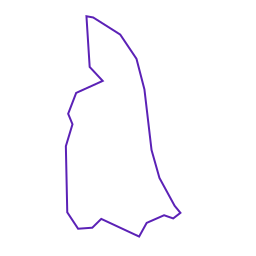 an SVG outline of Carrickfergus, rotated 276°
{"feature_id": "GBR-2096", "entity_name": "Carrickfergus", "entity_type": "District", "adm_level": 1, "iso_a3": "GBR", "parent_name": "United Kingdom", "parent_adm1": "", "projection": "robinson", "projection_center": [-5.816, 54.729], "detail": "fine", "context": "isolated", "style": "outline", "palette": "violet", "viewbox_px": 256, "rotation_deg": 276, "n_neighbors": 0, "source": "natural_earth", "source_scale": "10m", "svg_char_len": 443}
<svg xmlns="http://www.w3.org/2000/svg" viewBox="0 0 256 256"><g transform="rotate(276 128 128)"><path d="M234.8,75.0L234.3,81.8L220.1,110.5L197.7,129.2L168.1,140.3L108.6,153.7L81.6,164.5L55.5,182.5L49.1,189.0L48.3,188.2L42.8,182.4L45.0,173.0L35.6,156.5L21.2,150.4L34.8,110.9L25.1,102.9L22.6,88.9L37.8,76.4L103.4,68.1L125.9,72.4L135.9,67.0L157.5,72.8L172.2,97.9L184.7,83.5L234.8,75.0Z" fill="none" stroke="#5b21b6" stroke-width="2"/></g></svg>